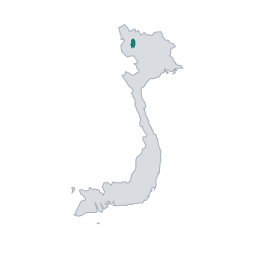 Quynh Nhai, Son La, Vietnam shown in context, rotated 24°
{"feature_id": "81297802B11613956410948", "entity_name": "Quynh Nhai", "entity_type": "district", "adm_level": 2, "iso_a3": "VNM", "parent_name": "Vietnam", "parent_adm1": "Son La", "projection": "albers", "projection_center": [103.617, 21.775], "detail": "fine", "context": "in_parent", "style": "filled", "palette": "teal", "viewbox_px": 256, "rotation_deg": 24, "n_neighbors": 0, "source": "geoboundaries", "source_scale": "gbopen_adm2", "svg_char_len": 4889}
<svg xmlns="http://www.w3.org/2000/svg" viewBox="0 0 256 256"><g transform="rotate(24 128 128)"><path d="M153.8,51.4L151.7,51.6L149.5,53.4L146.6,54.7L146.0,57.9L143.5,59.4L142.4,58.7L140.0,59.4L137.3,58.8L138.3,62.5L135.7,65.4L136.1,67.2L135.4,68.7L130.9,72.9L129.5,73.0L128.5,73.6L126.4,78.5L126.1,82.6L125.2,84.9L124.2,85.9L124.0,87.1L127.6,93.5L129.9,96.0L132.2,97.3L135.7,101.0L135.2,102.1L135.5,104.2L133.9,103.6L134.1,103.8L136.0,104.9L139.0,109.0L144.2,113.2L145.0,115.3L150.0,118.7L149.9,119.2L153.5,121.9L153.9,123.0L156.5,122.8L159.0,126.1L159.8,126.0L160.1,127.4L164.2,132.9L167.5,135.6L169.3,140.7L171.4,144.6L171.5,146.8L174.8,156.2L174.6,157.5L174.0,156.3L174.2,159.9L174.8,161.8L174.6,164.2L176.9,168.5L177.3,173.4L175.8,171.3L174.2,172.8L175.5,176.3L174.2,176.0L174.5,180.7L175.1,182.3L175.0,182.9L174.3,181.7L173.8,183.9L174.4,185.4L173.5,187.1L172.3,187.3L171.7,190.8L169.4,191.2L167.8,192.8L165.8,193.5L162.0,196.6L159.6,197.2L158.3,199.6L156.2,199.9L148.2,204.2L147.3,203.3L145.8,202.9L144.6,200.8L143.9,204.3L143.2,204.6L142.0,203.9L140.8,202.5L139.1,203.5L141.0,203.8L141.5,204.7L141.3,205.8L137.2,205.8L140.9,207.2L141.7,208.2L140.0,209.9L140.0,211.2L139.1,211.7L137.1,210.7L132.7,207.0L137.9,212.3L138.9,214.7L137.7,215.8L136.2,215.9L133.7,214.3L129.8,210.5L128.5,210.0L133.1,215.5L133.8,216.7L133.3,218.1L124.0,222.4L121.6,226.3L118.7,228.7L115.6,229.3L113.9,229.2L115.6,227.1L114.5,226.4L114.8,215.5L115.6,212.7L118.2,211.5L118.3,210.9L117.3,209.2L115.2,208.6L114.2,207.4L112.2,207.9L108.9,204.6L110.8,203.2L114.8,202.9L117.5,200.6L117.1,198.1L117.5,197.8L121.2,198.6L122.4,197.2L127.2,196.6L128.6,198.3L129.8,198.0L132.0,199.1L132.9,199.2L132.4,197.4L132.8,195.9L128.6,192.4L128.4,187.8L129.5,187.5L130.5,186.1L136.0,187.0L136.1,183.4L140.0,182.9L140.9,181.9L143.1,181.5L146.9,178.3L148.5,178.1L149.4,178.9L150.9,177.4L151.5,175.0L150.3,168.3L151.9,162.7L148.0,153.4L148.3,150.0L149.4,148.9L150.5,146.1L150.3,143.1L149.7,141.6L150.7,140.5L151.9,137.8L150.7,135.9L146.8,132.9L145.2,130.4L148.2,128.3L148.2,127.0L141.9,122.9L140.8,120.7L139.3,121.6L138.2,121.0L136.7,118.9L136.0,114.7L135.0,114.1L132.9,111.2L129.3,108.5L125.1,104.1L124.3,102.8L123.7,100.7L122.0,98.4L120.3,97.9L117.4,95.0L117.0,93.7L117.8,91.6L115.8,90.5L112.1,89.5L101.3,82.6L103.5,80.2L102.9,77.9L103.1,77.5L106.1,77.4L110.4,78.3L112.4,76.4L113.3,74.3L114.8,72.7L114.8,71.8L113.7,70.2L111.8,70.1L110.7,67.8L107.5,66.9L109.6,65.3L110.2,64.0L107.2,61.7L104.0,59.9L101.2,61.1L99.0,63.1L98.0,63.4L91.1,60.7L87.9,55.5L89.1,51.3L89.2,49.8L87.8,49.0L87.4,48.0L86.4,49.8L85.5,49.8L84.5,46.7L83.2,45.9L78.7,40.0L80.1,38.9L82.3,35.5L83.1,34.9L87.7,37.2L89.6,39.2L91.6,37.9L91.6,37.2L94.0,34.7L96.1,37.2L97.8,34.6L101.9,37.9L102.5,37.3L103.3,35.0L104.4,34.3L105.3,34.2L106.4,35.5L107.4,35.6L109.3,34.2L111.4,34.0L112.7,32.7L113.1,30.1L113.6,29.6L118.8,26.7L120.9,28.2L122.3,30.4L124.1,31.0L126.1,32.4L127.6,32.2L128.1,31.7L130.0,31.7L131.7,33.2L135.0,32.5L138.1,34.2L137.1,36.2L135.6,37.1L135.2,38.1L135.3,40.3L136.6,41.7L136.8,45.3L137.6,45.0L140.8,46.0L142.0,47.7L143.5,48.8L144.7,48.8L145.7,50.2L146.8,49.7L147.3,50.3L149.5,50.0L151.0,49.4L153.8,51.4ZM103.9,204.9L104.1,207.2L103.3,209.8L102.4,206.9L100.9,205.2L102.8,204.4L103.9,204.9ZM149.1,55.5L147.3,57.3L146.6,57.3L147.5,54.9L149.1,55.5ZM141.9,62.2L141.4,62.3L140.3,61.2L140.8,60.6L142.0,61.0L142.3,61.5L141.9,62.2ZM148.2,59.6L147.4,60.0L146.6,59.9L148.5,58.1L148.2,59.6ZM138.8,59.8L139.6,61.6L138.5,60.7L138.8,59.8ZM147.3,203.6L145.8,205.1L145.7,204.5L147.3,203.6ZM140.2,227.4L139.0,227.4L140.3,226.5L140.2,227.4Z" fill="#d9dde1" stroke="#a8b0b8" stroke-width="1"/><path d="M100.2,49.0L100.1,48.9L100.0,48.7L99.9,48.7L99.8,48.4L99.7,48.4L99.7,48.5L99.6,48.4L99.6,48.5L99.5,48.3L99.5,48.2L99.4,48.0L99.2,48.0L99.0,47.9L98.9,47.8L98.7,47.7L98.8,47.6L98.9,47.4L99.0,47.3L99.1,47.2L98.9,47.0L98.9,46.9L98.9,46.7L98.7,46.6L98.7,46.3L98.7,46.2L98.4,46.1L98.3,45.9L98.3,45.7L98.2,45.6L97.9,45.5L97.8,45.4L97.7,45.4L97.6,45.2L97.3,45.1L97.2,45.1L96.9,45.1L96.7,45.0L96.4,45.2L96.4,45.3L96.4,45.5L96.2,45.7L96.2,45.8L96.3,45.8L96.3,46.0L96.2,46.0L96.0,46.3L96.0,46.5L96.0,46.8L96.1,47.0L96.3,47.1L96.5,47.2L96.5,47.3L96.6,47.5L96.7,47.8L96.8,47.8L96.7,47.9L96.7,48.0L96.8,48.1L96.8,48.3L96.8,48.5L97.0,48.7L97.0,48.8L97.2,49.0L97.3,49.3L97.3,49.5L97.5,49.8L97.4,49.9L97.3,49.7L97.2,49.8L97.0,50.0L96.9,50.2L96.8,50.3L96.9,50.5L97.0,50.5L97.3,50.5L97.5,50.7L97.6,50.8L97.8,50.8L97.8,50.7L98.0,50.7L98.1,50.8L98.3,51.0L98.2,51.0L97.9,51.1L97.9,51.3L98.0,51.5L98.2,51.8L98.2,51.7L98.3,51.8L98.5,51.8L98.7,51.7L98.8,51.8L98.9,52.0L99.0,51.9L98.9,51.9L99.0,51.9L99.3,51.8L99.4,51.7L99.5,51.7L99.8,51.7L100.0,51.8L100.1,51.7L100.3,51.6L100.2,51.4L100.2,51.2L100.3,51.0L100.3,50.9L100.2,50.9L100.2,50.7L100.1,50.4L100.0,50.2L99.9,50.2L99.6,50.0L99.5,49.9L99.8,49.6L100.0,49.4L100.2,49.2L100.2,49.0Z" fill="#14b8a6" stroke="#0f766e" stroke-width="1.5"/></g></svg>